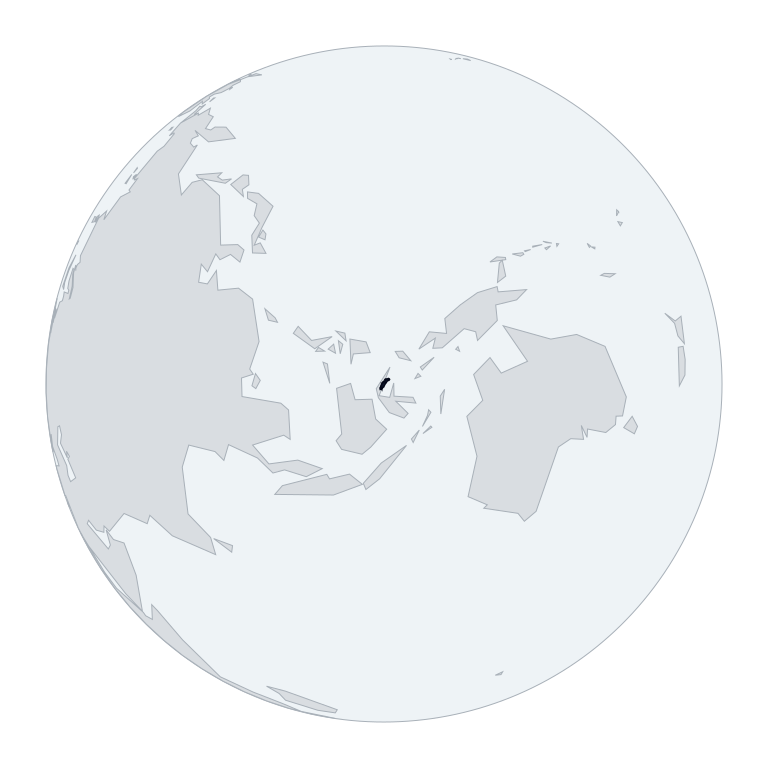 Gorontalo on an orthographic globe, rotated 304°
{"feature_id": "IDN-1837", "entity_name": "Gorontalo", "entity_type": "Province", "adm_level": 1, "iso_a3": "IDN", "parent_name": "Indonesia", "parent_adm1": "", "projection": "orthographic", "projection_center": [122.28, 0.663], "detail": "fine", "context": "on_globe", "style": "filled", "palette": "ink", "viewbox_px": 768, "rotation_deg": 304, "n_neighbors": 0, "source": "natural_earth", "source_scale": "10m", "svg_char_len": 8837}
<svg xmlns="http://www.w3.org/2000/svg" viewBox="0 0 768 768"><g transform="rotate(304 384 384)"><circle cx="384" cy="384" r="338" fill="#eef3f6" stroke="#a8b0b8"/><path d="M658.5,479.5L658.2,482.0L657.9,482.3L658.5,479.5ZM548.8,89.0L548.4,88.8L556.8,94.0L546.1,87.8L569.7,104.3L572.0,109.9L562.5,99.2L556.1,94.9L554.3,95.9L547.4,91.9L542.6,90.5L534.5,86.0L529.5,81.3L524.2,78.7L523.2,79.7L514.5,76.7L516.8,75.4L501.8,70.4L490.7,64.0L497.3,65.6L523.6,76.2L548.8,89.0ZM700.6,275.0L697.8,267.5L700.1,271.6L700.6,275.0ZM695.7,263.4L696.7,265.8L695.8,263.9L695.7,263.4ZM694.7,262.3L695.4,263.1L694.8,263.0L694.7,262.3ZM693.6,261.8L694.1,261.8L694.1,262.1L693.6,261.8ZM691.0,258.8L690.2,257.8L690.4,257.0L691.0,258.8ZM564.4,99.4L564.6,98.9L566.8,100.9L564.4,99.4ZM543.3,91.1L545.4,92.7L542.0,91.4L543.3,91.1ZM526.5,83.7L520.4,81.6L525.8,82.8L526.5,83.7ZM516.2,79.8L501.3,75.9L504.8,78.7L486.6,69.4L505.3,75.2L511.4,76.0L511.5,77.4L516.2,79.8ZM478.8,65.4L474.5,64.1L478.1,64.6L478.8,65.4ZM94.2,210.2L94.3,210.2L113.5,182.5L113.2,181.9L130.7,160.3L133.0,157.9L134.4,160.4L138.6,155.5L146.8,144.3L156.3,136.1L150.7,139.9L146.1,144.8L142.5,147.8L146.4,143.7L149.6,140.7L151.1,139.2L168.9,123.3L187.9,108.8L207.8,95.7L228.6,84.0L250.1,73.7L272.3,65.1L256.0,72.1L247.3,75.5L250.0,73.8L235.6,80.8L242.5,77.5L239.8,79.2L251.1,74.4L249.8,75.5L262.9,69.7L262.5,70.5L254.2,74.1L270.5,69.4L273.2,70.8L277.6,69.3L281.5,67.4L282.3,71.4L285.5,70.2L286.4,68.4L293.4,65.2L306.0,61.5L305.6,63.0L301.0,64.5L290.7,70.8L278.5,75.5L279.6,75.9L290.1,72.2L302.6,64.5L310.3,61.9L305.6,65.1L307.9,63.7L311.6,63.0L314.9,64.0L320.6,60.6L361.8,54.7L372.3,57.3L363.5,59.9L391.8,61.0L401.4,66.2L402.2,64.1L416.4,64.8L413.6,63.0L415.1,62.2L450.2,65.8L458.1,68.7L474.2,70.2L474.7,69.4L469.7,67.2L486.6,69.4L504.8,78.7L502.9,79.7L515.6,85.8L509.4,87.8L510.1,93.0L495.9,93.2L497.7,98.3L502.5,100.2L508.6,109.4L504.5,123.4L486.6,103.1L488.6,85.5L485.9,91.3L480.2,87.8L475.4,88.8L474.0,93.8L477.8,95.6L443.2,96.1L427.4,110.3L443.9,112.2L451.7,119.1L448.1,142.3L407.8,170.9L417.8,184.8L416.8,193.0L404.5,196.4L405.6,184.3L395.3,178.5L397.8,171.8L378.4,174.9L381.2,165.5L364.7,173.4L368.2,181.6L384.4,181.6L368.9,193.8L382.1,209.8L380.9,227.6L349.3,256.7L321.3,264.3L319.0,270.1L309.3,262.5L294.2,273.3L310.4,309.2L309.1,319.4L285.6,337.2L285.5,329.5L259.9,309.2L253.4,333.3L272.7,355.1L279.3,380.1L263.7,371.4L257.2,349.6L248.1,341.7L251.9,320.5L246.8,289.0L231.1,294.0L233.5,281.7L224.2,256.3L202.3,263.2L166.7,294.2L159.8,326.1L148.4,339.9L139.8,293.4L144.2,263.3L135.8,265.8L131.3,240.9L108.4,238.8L109.7,231.3L104.4,234.7L102.0,227.2L105.8,215.3L102.2,216.1L93.1,247.7L97.5,247.2L107.7,235.2L103.8,246.7L106.8,257.4L86.9,285.4L60.5,310.8L65.7,287.2L86.0,225.2L89.8,218.5L90.2,217.8L90.9,216.4L84.8,227.3L90.9,215.8L71.7,257.7L65.1,276.5L60.1,312.2L58.6,316.0L59.3,323.6L71.2,314.8L69.5,322.8L59.2,360.2L49.7,412.0L55.4,447.7L62.3,478.2L66.3,498.5L76.1,522.3L79.5,530.6L70.0,508.8L61.9,486.3L55.5,463.3L50.7,439.9L47.6,416.3L46.2,392.4L46.4,368.6L48.4,344.8L52.0,321.2L57.2,297.9L64.1,275.0L72.6,252.7L82.7,231.1L94.2,210.2ZM127.8,178.8L133.8,180.9L144.9,163.9L148.1,163.7L150.7,158.4L145.7,162.8L154.0,148.9L161.6,145.0L167.9,138.4L166.2,137.5L151.0,147.4L138.9,166.6L131.6,173.1L127.8,178.8ZM109.7,187.1L105.8,192.3L107.5,189.7L108.5,188.4L109.7,187.1ZM204.8,639.1L211.8,643.3L208.5,643.5L204.8,639.1ZM74.2,473.9L87.8,527.4L84.1,527.5L76.5,511.6L66.8,479.2L68.8,470.1L67.8,455.6L74.2,473.9ZM364.7,444.0L375.3,446.3L374.9,447.9L364.7,444.0ZM353.7,437.5L365.6,439.0L351.8,440.9L353.7,437.5ZM370.3,439.6L382.4,437.6L387.6,435.4L386.8,438.7L370.3,439.6ZM345.7,437.0L303.0,433.4L286.4,428.0L290.1,422.4L316.9,425.9L345.7,437.0ZM288.7,422.2L263.7,404.2L231.4,355.2L242.9,356.6L277.1,387.1L274.9,391.9L290.0,405.8L288.7,422.2ZM350.3,396.7L348.0,411.5L324.2,408.3L313.5,405.1L306.1,385.4L310.2,376.0L318.9,376.9L353.9,347.1L365.8,356.0L354.8,368.8L364.7,382.6L350.3,396.7ZM160.6,329.2L165.3,348.8L159.4,351.8L160.6,329.2ZM369.0,325.9L354.2,338.7L368.0,321.2L369.0,325.9ZM377.7,309.3L378.1,316.4L372.8,309.1L377.7,309.3ZM317.8,279.4L308.5,280.3L308.7,275.5L320.8,271.6L317.8,279.4ZM379.8,243.2L378.0,256.7L375.6,261.2L372.3,252.5L379.8,243.2ZM318.9,56.4L302.0,59.2L289.9,62.4L283.1,65.6L285.4,63.0L304.1,57.9L318.9,56.4ZM356.6,54.3L362.4,52.6L364.8,53.4L363.7,53.9L356.6,54.3ZM356.7,53.3L354.7,51.5L361.2,50.6L361.4,52.1L356.7,53.3ZM332.4,50.8L327.5,51.4L330.1,50.8L332.4,50.8ZM579.0,607.4L582.5,610.9L572.8,619.9L559.7,628.5L547.6,629.9L579.0,607.4ZM482.7,619.4L481.9,607.1L496.0,607.8L490.6,617.9L482.7,619.4ZM588.2,600.8L596.8,591.0L599.7,577.2L599.1,590.2L606.3,592.3L585.4,610.5L588.2,600.8ZM429.3,563.8L363.5,581.3L348.7,577.1L351.7,567.4L336.8,536.2L341.6,537.2L337.6,516.7L376.1,501.5L403.5,470.8L425.7,475.0L442.0,453.0L465.2,457.1L458.6,475.1L483.1,490.3L498.9,450.2L514.5,497.2L532.8,516.0L538.8,546.2L508.8,592.1L490.9,599.6L487.1,594.4L479.8,598.6L467.8,595.0L460.5,577.9L453.3,582.2L460.0,570.7L449.7,580.4L443.1,569.4L429.3,563.8ZM595.3,502.9L598.9,504.8L604.7,514.0L598.9,511.5L595.3,502.9ZM649.4,487.1L651.1,491.3L647.3,491.5L649.4,487.1ZM657.9,482.3L653.4,482.8L658.5,479.5L657.9,482.3ZM613.6,479.2L615.4,482.4L613.9,483.2L613.6,479.2ZM612.1,477.9L614.2,473.8L613.9,478.3L612.1,477.9ZM594.8,450.4L596.9,448.4L597.9,450.4L594.8,450.4ZM390.9,447.9L405.4,437.4L413.5,437.2L390.9,447.9ZM591.6,444.9L586.2,443.6L586.7,441.3L591.6,444.9ZM591.9,439.4L591.2,435.9L594.7,444.4L591.9,439.4ZM581.4,430.2L588.1,437.2L580.6,430.8L581.4,430.2ZM577.5,430.4L572.7,427.0L573.0,426.0L577.5,430.4ZM524.2,427.1L542.0,449.4L527.9,446.9L512.0,432.4L500.0,442.4L472.4,437.2L478.6,430.8L474.7,419.5L446.6,412.1L440.9,404.5L450.8,400.9L432.4,393.4L452.6,392.4L460.9,407.6L472.3,397.8L492.3,403.0L512.0,410.4L528.0,423.3L524.2,427.1ZM452.9,424.0L456.4,424.4L453.4,428.4L452.9,424.0ZM563.5,417.6L570.5,425.7L569.7,427.4L566.3,425.7L563.5,417.6ZM531.6,421.3L548.7,412.0L552.8,412.8L541.5,424.6L531.6,421.3ZM544.4,403.6L552.5,406.5L556.8,413.9L555.2,415.4L544.4,403.6ZM411.8,406.3L411.0,410.2L405.8,406.6L411.8,406.3ZM418.4,404.6L434.2,410.6L417.0,407.9L418.4,404.6ZM371.6,386.5L376.1,396.2L390.3,391.5L379.5,399.1L389.2,415.5L386.0,421.1L376.3,403.4L373.1,420.4L366.9,419.6L363.3,404.4L369.5,387.0L375.8,380.2L401.4,379.5L371.6,386.5ZM418.3,393.2L414.2,381.9L417.3,375.1L421.7,381.2L418.3,393.2ZM402.3,355.0L391.8,341.8L381.9,345.6L402.2,330.6L408.9,345.6L402.3,355.0ZM393.9,327.6L384.6,330.8L394.4,322.0L393.9,327.6ZM382.4,326.6L381.7,318.2L388.9,320.0L382.4,326.6ZM398.6,328.4L401.0,314.5L404.3,323.1L398.6,328.4ZM379.6,299.6L394.3,314.5L374.5,306.9L375.3,280.5L383.8,280.6L379.6,299.6ZM437.0,204.7L435.7,197.9L443.9,197.5L442.4,202.2L437.0,204.7ZM469.3,192.6L445.6,195.3L426.5,198.8L431.8,202.5L426.3,213.1L419.1,201.7L433.4,191.2L447.7,190.7L451.0,182.2L462.3,177.9L461.6,167.1L466.9,163.4L471.9,173.4L469.3,192.6ZM460.8,162.6L463.7,145.4L478.5,150.2L481.2,155.0L473.6,160.6L466.2,157.7L460.8,162.6ZM468.8,142.9L461.7,140.2L451.1,115.3L452.5,111.5L468.4,131.4L462.6,130.2L462.6,135.9L468.8,142.9ZM475.2,65.0L474.6,64.2L477.8,65.5L475.2,65.0ZM413.2,61.3L415.8,60.4L419.5,61.6L413.2,61.3ZM424.9,59.0L419.0,58.3L425.4,58.4L424.9,59.0ZM405.6,57.1L416.7,57.7L405.8,58.2L405.6,57.1Z" fill="#d9dde1" stroke="#a8b0b8" stroke-width="1"/><path d="M383.5,381.8L383.7,382.0L383.8,381.9L384.0,381.9L384.1,382.0L384.1,381.9L384.3,381.9L384.6,382.0L384.7,381.9L385.0,381.9L385.2,382.0L385.4,382.1L385.7,382.2L386.0,382.2L386.2,382.3L386.3,382.3L386.4,382.5L386.5,382.6L386.8,382.7L386.9,382.8L387.0,382.9L387.2,383.0L387.4,383.1L387.6,382.9L387.8,382.8L387.9,382.6L388.0,382.5L388.0,382.4L388.1,382.2L388.3,382.2L388.7,382.4L388.8,382.4L388.8,382.5L389.0,382.7L389.1,382.8L389.5,383.0L389.6,383.3L389.7,383.6L389.8,383.6L390.0,383.8L390.2,384.0L390.8,384.3L391.0,384.4L391.1,384.6L391.2,385.0L391.2,385.4L391.2,385.6L391.0,385.9L390.9,386.1L390.6,386.1L390.0,386.1L389.8,386.0L389.7,386.0L389.6,385.9L389.4,385.6L389.2,385.6L389.0,385.3L388.8,385.0L388.7,384.9L388.6,385.0L388.4,385.0L388.1,385.1L387.3,385.0L386.7,385.1L386.4,385.1L386.3,384.9L386.2,384.8L386.2,385.0L385.9,385.1L385.7,385.0L384.3,385.0L384.2,385.0L383.6,385.1L383.4,385.1L383.2,385.1L382.6,385.1L382.4,385.2L382.3,385.3L381.7,385.3L381.4,385.3L381.2,385.4L380.8,385.0L380.7,384.9L380.4,384.8L380.2,384.9L380.1,384.7L379.9,384.8L379.7,384.8L379.6,384.7L379.5,384.8L379.5,385.0L379.4,385.0L379.2,385.1L378.9,385.1L378.6,385.1L378.4,385.2L378.5,385.0L378.5,384.6L378.4,384.6L378.2,384.5L378.0,384.4L377.9,384.4L377.7,384.2L377.4,383.9L377.7,383.7L377.8,383.7L377.9,383.4L378.0,383.3L378.1,383.2L378.5,382.9L378.8,382.8L379.0,382.8L379.3,382.9L379.7,382.8L380.1,382.7L380.3,382.6L380.7,382.5L381.4,382.2L381.5,382.2L382.3,382.4L382.6,382.3L383.2,382.1L383.5,381.9L383.5,381.8Z" fill="#0f172a" stroke="#020617" stroke-width="1.5"/></g></svg>